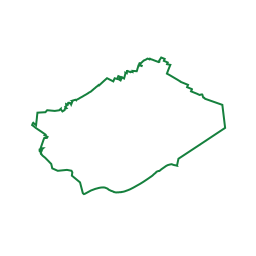 Navolato, Sinaloa, Mexico (Robinson projection), rotated 292°
{"feature_id": "50627088B58275904386471", "entity_name": "Navolato", "entity_type": "district", "adm_level": 2, "iso_a3": "MEX", "parent_name": "Mexico", "parent_adm1": "Sinaloa", "projection": "robinson", "projection_center": [-107.725, 24.725], "detail": "fine", "context": "isolated", "style": "outline", "palette": "green", "viewbox_px": 256, "rotation_deg": 292, "n_neighbors": 0, "source": "geoboundaries", "source_scale": "gbopen_adm2", "svg_char_len": 5027}
<svg xmlns="http://www.w3.org/2000/svg" viewBox="0 0 256 256"><g transform="rotate(292 128 128)"><path d="M50.7,110.5L50.5,111.0L50.3,111.5L50.2,111.9L51.0,112.8L56.2,117.1L59.4,120.6L60.5,122.1L61.5,123.4L62.4,124.8L63.0,125.9L63.5,127.0L63.6,127.3L63.7,127.5L63.8,127.7L63.8,127.9L63.9,128.1L63.9,128.3L64.0,128.6L64.1,128.8L64.1,129.0L64.1,129.3L64.1,129.7L64.1,129.9L64.1,130.2L64.1,130.9L64.1,131.8L63.9,132.2L63.7,132.9L63.6,133.4L63.5,133.8L63.5,134.1L63.5,134.3L63.5,134.5L63.5,135.0L63.5,135.4L63.4,135.8L63.4,136.2L63.4,136.3L63.5,136.6L63.5,137.2L63.5,137.4L63.5,137.8L63.5,138.1L63.4,138.5L63.5,138.7L63.5,139.0L63.4,139.2L63.5,139.4L63.5,139.7L63.6,140.4L63.7,140.8L63.8,141.1L64.0,141.6L64.2,141.9L64.3,142.2L64.5,142.6L64.7,143.2L65.2,144.0L65.4,144.5L65.5,144.7L65.6,145.0L65.8,145.3L65.9,145.6L66.2,145.8L66.3,146.1L66.4,146.3L66.6,146.6L66.7,146.8L67.3,147.7L67.4,147.9L67.5,148.0L67.9,148.5L68.2,148.9L68.5,149.2L69.5,150.3L69.8,150.6L69.9,150.8L70.0,150.9L70.2,151.1L70.5,151.4L71.0,151.9L71.5,152.5L73.1,153.9L74.7,155.3L76.2,156.5L78.1,158.0L80.7,160.1L83.7,162.3L87.8,165.1L93.0,168.5L94.6,169.2L97.0,170.5L97.7,170.7L98.1,170.8L99.6,172.4L99.8,173.0L100.3,173.4L102.2,174.4L107.3,177.7L108.6,178.9L110.1,180.9L110.8,182.1L110.8,183.8L111.0,185.2L111.2,185.9L111.3,187.1L111.4,187.6L111.5,187.5L111.8,187.4L112.7,187.3L118.4,186.3L141.0,201.9L164.5,218.0L184.8,206.8L184.0,189.3L183.9,188.8L184.2,187.9L184.6,187.4L184.6,187.2L184.5,186.9L184.4,186.6L184.5,186.3L184.8,186.0L185.8,185.2L186.7,184.5L186.8,184.3L186.9,184.1L186.7,183.7L186.2,182.9L185.5,182.2L185.5,180.7L185.6,179.4L185.6,172.7L187.9,172.8L188.0,172.7L188.0,171.4L188.0,167.5L190.5,167.5L190.5,164.8L190.5,162.2L190.5,159.6L190.5,159.4L190.8,159.1L190.8,158.9L191.0,157.4L191.3,155.8L191.6,153.7L192.1,150.4L192.7,146.4L192.8,145.3L193.0,143.7L196.9,143.6L197.0,143.6L198.1,143.6L198.3,143.6L198.5,143.6L202.4,143.6L201.8,140.3L203.6,140.3L203.7,137.7L203.7,136.1L204.1,136.1L205.8,136.1L205.8,135.4L205.8,134.9L205.8,134.7L205.8,134.0L205.8,132.4L203.7,132.0L202.2,131.7L202.1,131.8L202.1,132.0L201.8,132.1L201.2,132.2L201.2,131.6L200.6,131.5L200.6,131.4L200.5,126.9L200.5,124.8L200.4,124.4L200.4,123.3L200.5,122.5L200.5,122.4L199.7,122.3L199.7,120.7L199.6,120.0L198.7,119.4L198.4,119.2L197.0,117.9L196.8,117.6L196.6,117.5L196.5,117.4L196.4,117.3L196.0,117.2L195.6,116.9L194.0,116.2L193.4,115.9L192.9,115.7L192.7,115.5L192.7,115.4L192.6,115.0L192.6,114.9L192.6,114.7L192.4,114.4L192.2,114.4L191.8,114.4L191.8,114.5L191.8,114.9L190.9,115.0L190.9,117.4L190.6,117.4L190.6,116.9L190.6,116.5L190.6,116.1L190.6,115.4L190.6,114.8L190.6,114.7L189.6,114.7L189.6,114.3L187.9,114.5L186.2,114.6L185.0,114.8L183.9,114.8L183.8,114.5L183.7,114.0L183.6,113.9L183.4,113.1L183.2,112.5L183.0,111.9L182.9,111.6L182.7,111.1L182.6,110.7L181.6,111.2L181.6,110.7L181.4,110.5L181.2,109.8L181.1,109.2L180.7,109.2L180.7,108.9L180.7,108.5L180.6,107.9L180.6,107.5L180.6,107.3L180.7,106.9L180.7,106.7L180.8,106.4L180.7,106.1L180.5,105.7L178.3,106.4L178.3,104.8L177.5,105.2L177.4,105.2L175.8,105.4L173.6,105.7L172.4,105.8L172.6,104.4L172.8,103.5L169.3,103.3L169.6,101.6L172.5,101.9L172.5,99.6L169.4,99.6L169.1,97.0L165.7,96.9L166.3,89.9L163.1,88.3L156.6,85.2L156.9,84.7L156.4,84.4L155.5,83.9L155.0,83.7L153.9,83.0L152.8,82.5L152.1,82.1L151.4,81.7L151.2,81.6L150.3,81.2L150.1,81.0L149.7,80.9L149.3,80.6L149.0,80.5L148.0,80.0L147.1,79.3L146.8,79.0L145.6,78.1L145.4,78.1L145.2,77.9L142.9,76.2L142.2,75.6L140.9,74.6L140.3,74.2L137.9,72.2L136.9,71.5L136.1,70.8L135.8,70.6L135.4,70.2L134.9,69.8L134.6,69.5L134.4,69.5L134.6,69.0L134.6,68.9L134.5,68.7L133.7,67.7L133.2,67.1L133.0,66.8L132.5,66.2L132.5,66.6L131.7,66.5L131.2,66.3L130.7,66.2L130.7,66.5L129.7,66.5L129.1,66.5L128.5,66.5L128.7,66.3L128.9,65.8L129.2,65.3L129.4,64.9L129.4,64.7L129.1,64.8L129.0,63.2L128.7,63.1L127.9,63.3L127.1,63.4L127.1,63.1L127.0,62.8L126.9,62.3L127.0,61.8L127.0,61.7L126.8,61.8L126.7,61.8L126.4,62.0L126.0,62.8L125.9,62.8L125.7,62.6L124.1,61.9L123.4,63.3L123.3,63.6L123.2,63.5L123.1,63.4L122.7,62.4L122.2,62.4L121.7,62.4L121.1,62.5L120.9,62.5L120.7,62.3L120.6,62.2L120.4,62.2L118.8,61.0L119.5,59.8L120.1,58.7L120.6,58.5L119.6,58.0L118.8,57.7L118.6,57.5L116.4,53.7L114.2,46.4L111.7,45.5L108.3,38.3L103.9,39.5L103.4,39.7L102.3,40.0L101.9,40.1L100.9,40.4L99.3,40.8L98.0,41.2L97.6,41.3L96.2,41.7L96.5,40.9L96.5,40.7L96.7,40.1L97.1,38.9L97.1,38.6L97.3,38.2L96.8,38.0L96.2,38.0L95.4,38.0L94.8,38.0L94.7,38.4L94.7,38.5L94.4,39.5L94.0,41.0L93.5,42.5L92.2,48.6L92.2,48.8L91.9,50.0L91.6,51.4L91.2,53.1L91.0,53.9L90.0,53.5L90.0,55.0L89.7,55.4L89.6,56.7L88.4,56.5L87.5,54.5L87.3,54.1L86.0,54.1L85.5,54.1L77.6,54.5L76.4,54.6L77.4,56.9L76.1,56.3L75.9,55.9L75.1,56.5L74.5,56.5L74.4,56.1L74.8,55.3L75.5,55.1L75.0,54.1L74.5,54.2L73.3,54.9L72.9,56.4L72.3,56.8L72.2,56.6L71.9,56.6L71.7,56.8L71.2,57.2L71.1,57.9L70.9,58.2L70.6,58.6L70.2,59.6L69.7,61.3L69.4,62.3L65.9,70.3L62.2,72.9L62.0,78.9L66.3,87.1L67.2,91.6L66.0,93.0L62.8,93.8L59.6,103.9L50.7,110.5Z" fill="none" stroke="#15803d" stroke-width="2"/></g></svg>